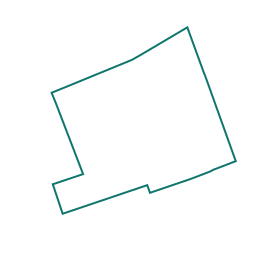 the district of Knox, Ohio, United States of America, rotated 338°
{"feature_id": "52423323B4232054148696", "entity_name": "Knox", "entity_type": "district", "adm_level": 2, "iso_a3": "USA", "parent_name": "United States of America", "parent_adm1": "Ohio", "projection": "equal_earth", "projection_center": [-82.438, 40.406], "detail": "fine", "context": "isolated", "style": "outline", "palette": "teal", "viewbox_px": 256, "rotation_deg": 338, "n_neighbors": 0, "source": "geoboundaries", "source_scale": "gbopen_adm2", "svg_char_len": 380}
<svg xmlns="http://www.w3.org/2000/svg" viewBox="0 0 256 256"><g transform="rotate(338 128 128)"><path d="M37.2,152.0L35.3,183.0L124.4,188.2L124.1,196.3L166.6,198.7L187.8,199.1L191.3,198.7L215.5,199.1L219.1,108.1L219.0,106.6L220.7,56.9L207.4,58.9L169.6,64.6L157.3,66.3L76.6,66.7L70.4,66.7L70.4,78.6L69.1,153.9L37.2,152.0Z" fill="none" stroke="#0f766e" stroke-width="2"/></g></svg>